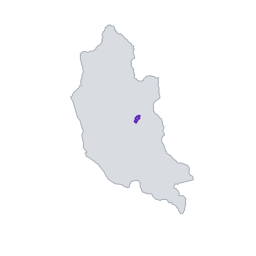 location of Xishig-O'ndor, Bulgan, Mongolia, rotated 63°
{"feature_id": "93677404B24557728041379", "entity_name": "Xishig-O'ndor", "entity_type": "district", "adm_level": 2, "iso_a3": "MNG", "parent_name": "Mongolia", "parent_adm1": "Bulgan", "projection": "orthographic", "projection_center": [103.627, 48.211], "detail": "fine", "context": "in_parent", "style": "filled", "palette": "violet", "viewbox_px": 256, "rotation_deg": 63, "n_neighbors": 0, "source": "geoboundaries", "source_scale": "gbopen_adm2", "svg_char_len": 4346}
<svg xmlns="http://www.w3.org/2000/svg" viewBox="0 0 256 256"><g transform="rotate(63 128 128)"><path d="M28.1,96.7L28.8,96.8L30.1,96.2L30.4,95.1L30.9,94.5L33.6,94.7L34.7,95.3L35.0,94.6L35.3,94.5L35.8,95.2L36.4,95.1L36.9,94.9L37.5,94.1L38.3,94.4L40.1,93.7L40.3,92.0L41.0,91.7L42.4,91.6L42.7,90.8L43.1,90.6L44.1,90.6L46.0,90.0L46.8,90.1L47.6,89.4L49.3,88.6L51.7,88.5L52.0,88.0L54.3,86.8L56.6,87.1L57.4,85.7L57.8,85.7L59.2,87.5L59.9,87.4L60.2,86.8L61.1,87.0L61.4,88.2L61.9,88.7L68.6,90.1L68.8,90.5L68.8,93.3L69.9,94.7L70.1,95.3L72.1,95.4L73.0,96.5L74.7,96.6L75.5,97.0L77.2,96.2L77.6,96.3L78.0,96.8L78.9,96.5L80.3,97.6L81.4,97.5L82.0,98.0L82.7,97.7L84.3,98.1L85.5,99.7L86.5,99.6L87.6,98.8L88.0,98.2L89.6,97.9L90.6,97.4L91.2,96.8L92.3,94.8L92.6,92.6L91.8,92.2L91.2,91.4L90.9,90.2L90.9,89.4L90.2,88.1L90.3,87.5L90.9,86.5L91.2,84.8L91.8,83.9L92.9,83.4L93.1,82.7L93.8,81.5L95.6,80.8L96.6,79.4L97.2,77.9L98.0,78.7L100.1,79.9L101.9,80.5L103.0,81.6L106.2,82.1L111.5,84.8L112.6,84.7L115.8,85.9L116.0,86.3L116.0,88.2L116.2,88.7L116.3,90.8L116.9,91.9L116.7,93.2L117.0,93.5L117.8,93.7L119.0,95.1L121.9,96.0L122.8,96.9L124.8,97.5L125.8,97.1L127.5,97.3L128.1,97.1L129.1,96.1L129.8,95.8L133.6,95.0L134.6,94.3L135.3,94.2L138.3,94.7L140.4,95.6L143.4,95.4L144.8,96.5L145.5,97.5L146.7,98.3L150.8,98.5L151.0,98.7L151.1,100.9L151.3,101.3L154.2,103.6L155.5,104.2L159.3,103.8L165.3,104.9L166.7,104.3L168.0,105.0L168.5,104.9L172.1,102.5L172.7,102.5L176.6,101.4L179.0,100.1L180.9,99.9L182.3,98.9L182.8,97.1L185.0,94.8L188.9,91.7L191.6,91.7L193.3,92.4L195.2,93.9L196.2,94.2L198.0,94.1L200.2,92.5L201.6,92.6L202.8,92.9L203.8,93.7L201.4,103.5L201.5,104.1L200.5,106.2L200.8,109.3L199.4,110.7L199.8,112.4L200.3,113.0L202.3,114.4L202.9,114.1L203.3,113.3L204.2,112.5L205.9,112.4L207.4,111.8L209.4,112.1L211.4,113.2L213.4,109.6L215.7,108.8L217.9,108.8L219.9,110.6L222.1,111.1L222.8,112.2L223.7,112.5L224.1,113.1L226.9,115.0L227.7,116.5L228.7,117.4L228.9,118.6L228.8,119.2L228.0,120.0L224.5,120.4L222.3,119.7L221.6,120.5L219.0,120.8L217.6,121.5L216.7,122.2L216.2,123.1L215.8,123.3L215.3,123.4L214.4,122.9L213.7,123.0L213.4,125.3L211.2,125.7L210.4,125.5L208.6,126.8L208.5,127.6L207.6,128.8L207.0,130.9L207.3,131.7L207.1,132.3L205.6,133.7L204.2,135.5L200.9,136.7L199.3,137.0L198.1,136.8L197.0,137.2L196.3,139.1L194.4,141.6L191.4,144.2L185.4,143.6L184.6,143.4L183.3,142.2L179.9,142.5L179.0,143.5L178.2,144.9L177.2,149.4L178.8,151.7L180.5,153.2L181.3,154.2L181.4,155.2L180.3,155.7L179.0,157.5L175.4,159.3L171.7,165.0L164.6,168.8L160.1,169.3L156.4,169.2L146.7,171.2L140.5,174.2L135.8,176.7L134.8,177.9L134.3,178.1L133.5,177.7L130.9,177.6L130.9,175.5L125.3,176.7L120.8,174.3L114.4,172.8L113.1,172.2L111.0,169.5L109.9,169.1L107.1,168.9L99.4,167.4L95.8,168.2L80.2,165.1L74.5,165.2L74.3,165.0L74.1,163.2L71.7,160.3L71.4,159.7L71.3,158.6L69.7,153.1L68.4,152.1L68.8,149.9L66.8,149.8L64.6,148.7L62.5,146.9L61.5,145.5L60.0,145.1L58.2,142.7L57.3,142.2L52.7,140.6L50.2,140.5L47.7,139.6L44.8,139.1L44.0,138.5L43.1,138.4L41.5,137.2L40.4,137.2L39.5,133.9L40.1,132.0L40.8,131.0L42.4,129.5L42.5,128.8L42.2,127.2L43.4,124.6L43.4,122.8L43.0,120.8L42.1,120.2L41.1,117.3L41.1,115.2L40.7,113.7L39.4,112.6L39.2,111.2L38.8,111.1L38.4,111.4L37.6,111.4L36.8,110.5L36.5,109.5L36.1,109.2L35.1,109.1L34.3,109.3L33.4,109.0L32.7,108.0L30.9,106.4L31.0,105.5L30.8,104.8L30.2,104.5L29.7,103.7L27.9,102.5L27.9,102.1L28.7,101.2L27.5,100.1L27.1,99.2L28.1,98.3L27.9,97.4L28.1,96.7Z" fill="#d9dde1" stroke="#a8b0b8" stroke-width="1"/><path d="M124.8,113.4L124.4,113.3L124.0,113.4L123.7,113.5L123.1,113.1L123.2,112.5L123.0,112.4L123.0,112.5L122.9,112.5L122.9,112.4L122.7,112.4L122.7,112.5L122.6,112.4L122.4,112.2L122.3,112.3L122.3,112.5L122.2,112.5L122.2,112.4L122.1,112.5L122.1,112.4L121.9,112.4L121.8,112.5L121.7,113.1L121.8,113.4L121.9,114.1L121.6,114.9L122.0,115.3L122.2,116.1L122.2,116.3L122.3,116.8L122.9,117.1L123.2,117.2L123.6,116.9L124.0,117.0L124.0,117.5L124.2,117.8L124.2,118.0L124.3,118.1L124.5,118.3L124.6,118.5L124.9,118.9L125.0,119.2L125.3,119.1L125.5,119.1L125.8,119.0L126.0,119.0L126.1,118.9L126.3,118.9L126.4,118.7L126.5,118.6L126.8,118.5L126.9,118.4L127.0,118.4L126.9,118.0L126.6,117.8L126.4,117.2L126.2,116.9L125.8,116.6L125.4,116.4L125.5,116.1L125.4,115.8L125.4,115.7L125.2,115.5L125.2,115.3L124.9,114.9L124.9,114.3L124.8,113.9L124.8,113.4Z" fill="#8b5cf6" stroke="#5b21b6" stroke-width="1.5"/></g></svg>